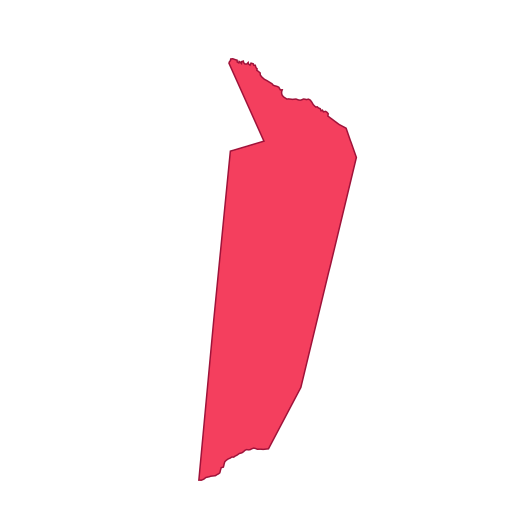 Palmeira do Piauí, Piauí, Brazil, rotated 251°
{"feature_id": "56859067B43243919057401", "entity_name": "Palmeira do Piauí", "entity_type": "district", "adm_level": 2, "iso_a3": "BRA", "parent_name": "Brazil", "parent_adm1": "Piauí", "projection": "orthographic", "projection_center": [-44.367, -8.533], "detail": "fine", "context": "isolated", "style": "filled", "palette": "rose", "viewbox_px": 512, "rotation_deg": 251, "n_neighbors": 0, "source": "geoboundaries", "source_scale": "gbopen_adm2", "svg_char_len": 1666}
<svg xmlns="http://www.w3.org/2000/svg" viewBox="0 0 512 512"><g transform="rotate(251 256 256)"><path d="M267.7,222.0L208.1,194.7L62.7,129.0L61.8,131.4L62.0,134.1L62.9,136.5L62.7,138.2L62.5,140.0L62.5,141.6L62.0,143.8L61.5,146.2L62.0,147.9L62.2,149.5L62.8,151.2L65.4,152.9L67.2,154.2L67.0,156.4L68.3,157.3L69.8,158.2L71.7,159.6L72.6,161.6L73.2,163.8L73.3,165.8L73.8,167.6L73.1,169.5L73.6,171.0L73.9,173.3L74.7,175.9L74.5,178.5L75.0,180.4L75.9,182.4L76.0,184.2L75.2,185.6L74.8,187.4L75.1,189.3L75.1,191.3L74.2,192.8L72.8,194.4L72.4,195.8L71.7,197.8L70.8,199.8L70.2,202.5L69.6,205.0L117.1,255.6L216.7,319.2L222.8,323.2L316.5,383.0L330.4,382.9L331.8,382.9L334.2,382.8L347.5,382.8L353.3,377.4L364.9,369.5L367.0,370.6L368.6,370.0L370.1,368.9L370.4,366.7L372.3,366.3L372.1,364.8L374.4,364.7L375.7,363.2L377.1,362.5L377.4,361.0L378.6,360.3L380.5,359.4L383.5,358.8L385.7,358.1L387.2,356.7L387.5,354.5L388.3,353.4L389.0,351.9L388.8,350.1L388.9,348.5L389.7,347.0L391.4,344.9L392.2,341.5L394.0,337.8L394.3,336.3L397.4,333.9L399.4,333.1L400.9,333.1L402.8,333.6L404.6,334.9L405.1,333.1L408.2,332.5L409.6,331.0L411.0,328.9L411.9,327.9L413.7,327.2L415.0,326.1L418.2,323.5L420.3,321.5L423.3,319.8L425.7,319.0L427.8,319.5L430.0,318.2L431.3,317.2L432.6,318.0L434.1,317.3L436.6,317.4L437.0,316.0L438.6,316.0L440.0,314.1L438.4,312.5L440.0,311.4L441.5,311.6L440.5,309.7L441.1,308.1L443.0,307.2L444.4,307.5L444.5,305.6L442.8,304.9L444.3,304.2L445.5,303.4L444.2,302.6L445.5,301.4L447.3,301.9L448.5,300.2L450.1,298.2L450.5,296.2L449.1,295.5L448.4,294.2L447.1,293.2L362.0,300.9L363.5,265.9L306.8,239.9L271.8,223.9L267.7,222.0Z" fill="#f43f5e" stroke="#9f1239" stroke-width="1.5"/></g></svg>